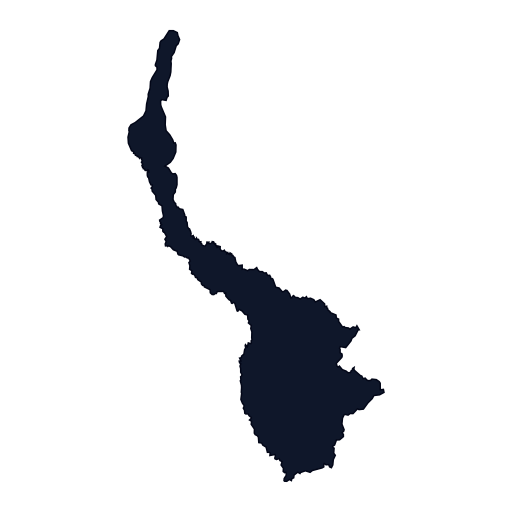 the district of Isnos, Huila, Colombia
{"feature_id": "7082276B76225783159695", "entity_name": "Isnos", "entity_type": "district", "adm_level": 2, "iso_a3": "COL", "parent_name": "Colombia", "parent_adm1": "Huila", "projection": "equal_earth", "projection_center": [-76.283, 2.067], "detail": "fine", "context": "isolated", "style": "filled", "palette": "ink", "viewbox_px": 512, "rotation_deg": 0, "n_neighbors": 0, "source": "geoboundaries", "source_scale": "gbopen_adm2", "svg_char_len": 6096}
<svg xmlns="http://www.w3.org/2000/svg" viewBox="0 0 512 512"><path d="M359.2,329.8L356.9,325.8L355.8,327.7L353.1,326.9L349.8,329.2L348.6,328.0L345.0,327.5L344.1,326.6L342.6,327.1L338.6,321.4L338.6,319.1L336.3,318.0L336.0,315.0L330.3,312.6L330.1,311.7L327.9,309.9L327.5,308.2L326.7,308.0L326.7,306.2L324.7,306.6L324.6,303.9L320.1,299.7L315.3,302.0L313.8,299.7L310.5,298.2L307.4,298.7L306.4,296.7L304.9,298.1L302.8,297.2L300.2,299.1L297.8,297.6L295.3,297.4L293.6,295.6L292.6,296.3L291.7,298.0L290.9,298.1L289.6,294.0L287.0,290.5L285.6,290.1L284.0,291.4L282.3,291.8L279.1,288.0L275.7,287.2L272.9,279.2L272.2,278.6L270.8,278.9L270.7,277.2L269.7,275.3L267.5,275.4L266.2,272.8L264.3,273.1L262.3,271.6L259.5,271.6L257.5,269.4L256.7,267.6L254.0,269.6L249.3,269.5L247.7,270.7L244.0,269.1L242.2,269.3L242.2,265.1L238.5,265.6L237.6,265.0L235.8,261.9L234.9,257.5L233.6,256.8L232.9,255.5L232.1,255.5L231.8,254.0L230.2,253.0L230.2,254.4L229.8,254.5L229.2,253.7L228.4,254.0L227.8,252.6L226.7,253.5L226.8,252.4L225.1,251.6L224.3,250.2L223.2,251.0L221.3,250.8L220.1,248.8L220.2,246.6L218.7,246.2L218.0,247.4L216.9,247.5L216.7,246.7L217.3,245.9L215.6,245.6L215.8,244.1L215.1,243.6L214.5,244.0L214.1,242.9L212.8,243.0L213.8,242.4L213.6,241.8L212.2,241.6L212.1,242.5L210.4,243.7L208.0,243.5L208.9,242.2L206.9,242.1L206.8,243.7L205.0,246.3L202.0,245.1L201.6,243.7L200.8,243.3L200.9,241.7L199.4,241.8L198.5,239.4L197.1,239.3L196.5,238.1L196.0,239.3L195.3,239.5L194.4,238.2L193.3,238.4L193.2,237.6L194.0,237.0L193.2,236.6L193.2,235.6L191.3,236.3L190.7,235.1L191.1,233.7L190.7,231.9L189.5,228.9L188.9,229.0L187.5,226.8L187.1,222.3L186.2,221.3L186.2,217.0L184.5,216.2L184.8,215.1L182.8,209.5L179.4,208.8L178.1,207.1L177.0,207.5L176.6,206.2L175.8,205.6L175.7,203.7L174.1,202.0L173.0,199.4L173.3,194.6L175.3,192.0L175.4,189.0L176.2,187.9L177.0,184.7L177.0,177.5L176.5,175.4L175.2,173.6L172.8,173.9L171.4,173.0L168.4,168.0L164.9,166.1L170.3,162.3L173.1,158.5L175.8,152.0L176.0,144.9L175.2,142.8L173.8,143.1L172.7,139.8L169.8,134.9L166.1,130.7L165.2,124.8L165.5,116.9L161.2,106.7L160.7,104.7L160.6,101.0L161.7,99.6L166.1,100.4L167.0,97.4L168.3,96.0L168.1,91.0L167.1,87.0L167.2,84.3L167.7,81.8L170.1,75.6L170.8,72.0L171.2,63.7L170.9,61.0L171.6,58.4L171.4,56.5L174.1,52.6L176.2,45.8L178.1,43.9L179.6,39.6L177.9,35.6L177.3,32.6L173.4,30.7L169.2,30.7L163.9,39.0L161.1,40.8L160.1,42.4L159.5,48.3L157.8,50.5L156.9,60.2L155.4,64.4L155.4,65.7L157.0,67.2L157.0,69.9L152.3,77.5L150.5,81.6L150.1,88.2L148.2,94.2L148.3,96.5L146.6,104.0L146.0,110.8L143.5,116.0L135.0,122.7L131.0,124.8L129.0,128.0L128.9,130.8L129.3,131.6L128.0,137.1L128.4,143.2L131.6,150.7L133.7,151.7L133.6,153.3L135.0,153.7L135.4,155.2L136.9,155.7L137.3,156.6L138.3,156.5L139.7,158.4L140.4,157.6L141.6,157.9L141.6,159.7L142.5,160.8L141.4,162.2L142.8,164.2L141.9,165.3L142.5,167.1L143.1,166.8L143.3,168.7L144.6,169.0L145.1,170.4L147.3,170.7L147.9,169.8L148.7,170.4L148.8,172.1L147.6,172.0L147.3,172.6L147.3,175.2L147.7,176.9L148.6,177.6L149.5,181.8L151.0,184.9L152.3,185.0L152.3,186.6L151.1,188.1L152.1,189.2L152.2,191.1L155.7,195.3L156.1,199.6L158.4,202.1L158.7,203.9L162.0,205.8L162.4,211.0L163.5,215.9L163.1,217.7L159.6,220.1L159.9,221.6L160.8,222.5L160.5,223.6L161.6,224.7L160.6,225.5L160.0,227.3L162.8,228.7L162.8,231.2L163.6,232.2L164.3,232.2L166.7,236.6L164.9,239.2L166.2,241.6L165.2,243.9L165.5,245.9L167.5,245.8L167.8,246.4L168.6,245.7L170.6,246.7L173.4,249.8L177.2,251.3L177.9,254.0L178.6,254.8L183.1,255.9L184.5,257.0L186.0,256.9L187.3,258.0L188.4,257.6L190.3,261.0L188.9,262.6L189.9,265.7L189.6,269.3L191.9,270.7L191.5,273.4L192.5,274.2L193.2,273.8L194.9,275.5L195.5,277.4L196.9,277.6L197.9,279.7L201.4,282.1L201.4,283.8L202.6,285.4L204.1,285.6L204.4,286.9L210.1,289.7L210.3,292.8L212.1,294.5L213.8,294.6L215.2,293.5L216.3,293.5L217.3,291.5L223.6,291.4L224.5,293.4L225.7,293.0L225.9,296.2L229.1,299.8L230.6,300.5L231.5,303.1L232.1,303.4L233.7,302.4L234.8,303.3L237.1,310.9L237.8,311.2L239.1,309.4L242.0,310.9L244.9,314.3L247.6,315.0L247.9,319.2L249.2,320.8L248.4,322.9L251.3,325.5L250.8,328.6L251.9,331.9L251.7,337.9L252.1,339.6L251.2,340.7L251.3,343.0L250.8,343.7L248.3,342.9L247.4,346.7L245.5,344.7L245.2,345.7L245.7,347.7L244.6,349.7L243.9,354.1L241.6,356.1L241.4,357.7L239.6,358.1L240.9,360.9L239.2,361.1L239.6,362.8L240.8,363.8L240.0,366.1L240.7,368.7L240.7,372.3L242.0,374.5L241.6,375.9L240.6,376.8L240.9,379.9L240.3,380.8L241.5,385.2L241.6,387.6L241.3,392.3L241.7,393.2L240.9,399.4L242.4,403.1L244.3,405.8L243.3,408.2L244.5,410.2L244.8,413.3L245.7,413.9L248.1,413.9L249.1,415.7L251.3,417.5L251.3,418.3L249.5,420.0L251.6,421.3L251.2,424.3L254.4,429.0L254.3,433.1L255.2,434.6L257.5,435.8L258.4,437.3L258.8,442.6L261.7,443.0L262.8,445.1L266.1,447.1L267.4,452.3L269.3,452.3L270.2,453.1L269.9,455.5L275.0,454.5L275.4,456.0L274.8,458.1L275.0,458.8L276.5,459.5L279.1,458.5L280.0,460.6L282.1,461.6L281.1,465.0L283.4,468.2L283.2,471.5L284.7,472.7L285.8,472.2L286.2,473.4L286.2,475.4L284.2,478.5L284.0,480.6L284.5,481.2L286.8,481.3L289.3,479.5L291.4,480.6L291.8,478.7L293.7,477.8L294.0,475.1L297.7,472.2L300.0,473.5L300.5,472.5L305.4,470.8L310.1,472.3L312.4,470.5L322.1,467.9L323.8,466.9L323.7,464.3L324.2,463.5L326.0,464.8L328.7,464.6L329.6,466.9L331.4,467.7L332.8,464.9L333.3,459.6L335.3,455.3L333.7,453.2L334.1,448.2L332.9,447.5L332.6,446.3L334.6,445.0L336.4,440.0L339.6,439.8L343.4,436.6L343.4,434.5L342.1,432.6L343.7,431.2L344.1,429.7L341.9,424.1L342.5,418.1L344.1,414.8L345.0,414.4L348.1,415.1L350.1,413.5L353.0,413.6L357.5,408.8L359.0,409.6L363.4,409.1L367.9,402.9L372.2,398.6L373.9,395.5L379.6,394.8L384.0,392.4L383.4,389.4L380.3,389.8L380.2,383.2L379.2,381.6L376.3,379.6L371.9,379.1L370.6,380.4L368.5,380.7L366.9,380.1L365.2,378.1L363.1,378.7L361.7,376.0L360.5,375.7L354.6,370.5L353.8,369.2L354.1,367.5L352.6,368.5L352.5,370.0L351.3,370.6L350.5,372.5L347.9,372.7L346.3,371.2L342.3,369.6L339.4,366.1L338.2,367.2L337.0,366.1L336.3,363.3L341.8,357.4L342.2,356.0L342.0,354.0L340.1,352.8L340.1,349.3L339.5,348.3L340.3,346.6L345.7,347.6L351.0,340.9L351.9,338.3L355.1,335.8L358.1,329.9L359.2,329.8Z" fill="#0f172a" stroke="#020617" stroke-width="1.5"/></svg>